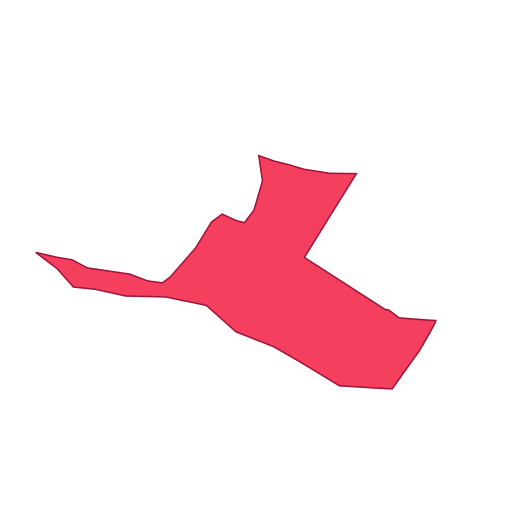 the district of Al Meiram, South Kordufan, Sudan, rotated 302°
{"feature_id": "16777658B70397884779871", "entity_name": "Al Meiram", "entity_type": "district", "adm_level": 2, "iso_a3": "SDN", "parent_name": "Sudan", "parent_adm1": "South Kordufan", "projection": "orthographic", "projection_center": [27.504, 10.327], "detail": "fine", "context": "isolated", "style": "filled", "palette": "rose", "viewbox_px": 512, "rotation_deg": 302, "n_neighbors": 0, "source": "geoboundaries", "source_scale": "gbopen_adm2", "svg_char_len": 2506}
<svg xmlns="http://www.w3.org/2000/svg" viewBox="0 0 512 512"><g transform="rotate(302 256 256)"><path d="M132.9,117.6L139.9,131.9L142.7,137.5L143.1,138.8L153.0,166.7L173.3,200.9L180.1,219.3L187.8,240.0L183.8,263.5L182.2,272.7L181.1,279.1L188.4,318.8L189.3,343.6L189.6,352.9L189.6,354.6L189.7,359.0L190.1,395.6L191.3,397.8L192.3,399.6L208.4,429.2L210.9,433.7L212.7,437.1L215.5,441.9L218.8,442.1L236.1,443.1L250.3,444.0L260.6,444.7L264.1,444.7L266.3,444.6L266.6,444.6L266.9,444.6L267.9,444.6L269.2,444.7L270.7,444.5L272.1,444.4L273.2,444.4L274.1,444.4L275.0,444.3L276.9,444.3L279.1,444.2L281.0,444.1L281.9,444.2L283.1,444.2L284.4,444.0L289.7,443.6L293.8,443.3L294.8,443.1L296.3,442.8L296.6,442.7L292.2,434.7L289.3,429.1L279.8,411.0L279.7,410.7L279.5,410.3L279.5,410.2L279.4,409.9L279.4,409.2L280.6,397.3L279.1,393.8L280.4,297.8L322.7,297.6L379.1,297.5L365.1,274.5L355.0,250.8L351.2,236.8L345.9,220.3L342.6,205.1L323.1,221.7L293.7,230.0L278.2,228.5L275.5,220.2L273.6,205.1L261.3,200.2L230.7,200.5L192.4,194.3L183.6,190.8L183.6,190.7L183.4,190.3L183.3,190.0L183.1,189.7L182.9,189.3L182.9,189.2L182.7,188.8L182.6,188.5L182.1,187.4L181.8,186.8L181.7,186.7L181.5,186.1L181.4,186.0L181.1,185.2L180.7,184.3L180.5,183.9L180.3,183.6L180.2,183.4L180.1,183.0L179.9,182.6L179.8,182.4L179.7,182.2L179.5,181.6L179.4,181.4L179.2,181.1L179.1,180.9L179.0,180.6L178.9,180.5L178.7,180.0L178.6,179.8L178.5,179.5L178.4,179.4L178.4,179.2L178.2,178.8L178.0,178.5L177.9,178.2L177.8,177.9L177.5,177.4L177.4,177.0L177.3,176.7L177.2,176.3L176.9,174.6L176.2,171.2L176.1,170.4L175.4,166.9L175.2,165.8L175.0,164.9L174.8,163.7L174.4,161.8L173.9,158.8L166.7,142.5L164.6,137.6L164.1,136.4L163.9,136.1L159.4,125.7L156.6,119.4L156.5,119.0L156.4,117.7L156.2,115.0L156.0,113.0L156.0,112.5L155.8,109.3L155.7,108.2L155.7,107.6L155.6,105.9L155.5,104.5L155.3,102.0L155.3,101.9L154.6,100.2L154.4,99.7L154.1,99.1L153.5,97.7L153.1,96.7L152.5,95.3L152.5,95.1L151.9,93.9L151.6,92.9L151.3,92.4L151.0,91.7L150.9,91.3L150.8,91.0L150.7,90.9L150.5,90.4L150.4,90.2L150.0,89.2L149.9,88.8L149.8,88.7L149.6,88.2L149.4,87.7L149.2,87.2L148.9,86.2L148.7,85.5L148.5,85.1L148.4,84.8L148.1,84.0L148.1,83.9L147.9,83.3L147.8,83.2L147.8,82.9L147.6,82.4L147.4,82.0L147.0,80.8L146.7,80.0L146.6,79.6L146.2,78.5L145.9,77.8L145.8,77.3L145.7,77.1L145.5,76.5L145.4,76.2L145.2,75.8L145.2,75.6L145.1,75.3L144.9,74.7L144.6,73.8L143.7,71.2L143.2,69.8L143.0,69.2L142.7,68.3L142.6,68.2L142.3,67.3L139.8,94.4L132.9,117.6Z" fill="#f43f5e" stroke="#9f1239" stroke-width="1.5"/></g></svg>